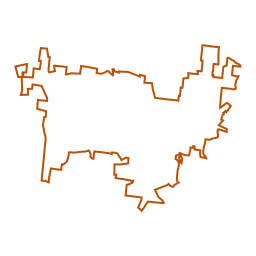 Panabá, Yucatán, Mexico
{"feature_id": "50627088B71815805148908", "entity_name": "Panabá", "entity_type": "district", "adm_level": 2, "iso_a3": "MEX", "parent_name": "Mexico", "parent_adm1": "Yucatán", "projection": "natural_earth1", "projection_center": [-88.264, 21.34], "detail": "fine", "context": "isolated", "style": "outline", "palette": "amber", "viewbox_px": 256, "rotation_deg": 0, "n_neighbors": 0, "source": "geoboundaries", "source_scale": "gbopen_adm2", "svg_char_len": 5743}
<svg xmlns="http://www.w3.org/2000/svg" viewBox="0 0 256 256"><path d="M47.0,48.6L40.8,48.1L39.4,56.8L39.2,61.0L40.7,60.8L40.7,63.8L39.6,69.3L33.7,68.3L33.0,76.2L32.9,77.4L23.3,77.0L23.3,74.6L22.9,74.7L22.7,74.9L22.5,75.0L22.3,73.7L22.3,73.4L22.8,73.3L22.9,72.3L26.2,72.5L26.8,67.2L27.1,64.0L21.2,65.2L15.4,66.5L18.2,77.0L21.7,76.9L22.0,85.8L22.1,90.3L20.9,94.9L28.0,94.7L27.8,88.9L32.2,88.8L32.5,84.5L35.8,84.9L38.3,85.3L41.7,86.0L47.2,98.5L47.0,100.9L37.9,100.0L37.6,102.6L37.2,108.9L46.1,111.2L45.7,117.1L44.2,117.0L43.4,121.9L43.2,123.7L42.9,125.3L43.3,127.0L43.8,129.5L45.2,135.9L45.6,137.6L45.7,138.3L45.1,144.5L44.3,152.0L44.2,154.3L43.7,159.0L41.6,180.7L42.4,180.8L43.6,180.8L45.5,180.9L46.1,181.1L46.9,181.6L47.6,182.0L48.6,182.4L49.3,176.7L50.9,168.4L54.4,169.0L61.1,169.9L61.3,167.9L61.9,164.3L63.5,164.5L66.2,162.1L66.5,161.7L67.0,161.3L67.1,160.7L67.6,159.4L68.6,155.3L69.0,152.3L69.3,152.3L70.4,152.4L71.9,152.3L72.5,152.4L73.1,152.7L73.4,152.7L82.9,151.6L84.4,151.7L87.3,151.0L88.9,150.5L90.6,153.8L90.4,156.4L91.2,157.7L92.1,158.5L92.7,158.7L93.4,158.8L93.7,156.0L93.8,154.7L94.0,153.7L94.4,151.4L95.9,151.6L99.8,152.0L106.0,152.8L109.1,153.2L111.8,154.1L111.9,152.5L115.1,152.7L117.6,153.6L118.1,154.6L118.7,155.5L119.5,157.0L120.0,157.1L121.5,160.1L123.9,158.7L125.7,157.6L128.4,158.0L128.2,163.4L120.8,164.4L117.1,164.4L114.5,164.3L114.3,174.7L116.3,174.6L116.3,175.1L116.2,175.9L115.8,176.6L115.5,177.9L121.2,179.0L121.7,178.9L122.6,179.0L123.6,179.1L124.7,179.5L125.2,179.5L126.9,179.8L127.4,179.8L128.0,180.0L128.6,180.1L129.4,180.1L130.0,180.3L130.6,180.7L131.2,181.0L131.5,181.1L132.0,181.1L133.1,180.7L132.9,182.0L132.6,182.3L132.4,182.7L132.0,182.9L131.1,183.3L130.6,183.6L129.3,184.3L128.0,184.6L126.7,184.7L125.6,195.5L130.7,196.1L138.0,197.0L141.6,197.4L141.4,199.3L141.1,200.8L139.6,204.2L138.1,207.6L139.7,208.8L140.2,209.4L140.5,209.4L140.8,209.6L141.7,210.8L142.0,210.4L142.0,210.2L144.1,207.5L144.8,206.1L145.7,204.7L147.7,202.1L147.9,201.6L156.6,202.5L163.6,203.1L163.8,202.7L162.3,200.4L161.0,199.3L159.7,198.1L159.0,197.6L158.2,196.7L156.0,192.0L155.5,190.9L154.9,189.9L163.8,186.4L167.6,184.9L168.5,184.0L169.7,185.2L171.0,186.3L172.9,186.9L173.1,186.9L174.4,185.0L174.8,184.7L176.8,183.6L178.1,182.6L178.5,182.5L178.0,182.1L177.2,181.0L177.0,180.3L176.8,179.2L176.9,178.0L177.1,176.5L177.3,175.7L177.1,174.9L177.5,171.6L177.8,170.0L177.9,169.0L178.0,168.6L178.3,168.3L178.4,167.6L178.5,166.7L178.7,165.8L178.9,163.1L179.4,161.9L178.5,161.5L178.4,161.7L178.0,161.5L177.5,160.3L176.5,159.5L175.9,159.2L175.5,158.9L176.0,155.6L179.4,154.5L179.5,155.3L179.7,155.7L179.8,156.5L179.2,157.7L179.1,158.7L180.5,161.8L181.5,163.1L182.0,159.8L182.1,158.8L181.4,157.4L181.5,156.6L181.3,156.4L180.8,156.2L180.8,155.9L180.8,155.5L180.7,155.3L180.6,155.0L180.2,154.6L179.7,153.6L179.6,153.1L179.9,153.1L182.6,154.3L184.1,154.7L185.9,155.2L187.4,155.4L189.1,155.3L189.3,153.8L190.0,150.9L190.3,150.0L190.5,149.2L190.5,147.4L193.0,147.8L193.2,146.8L193.3,146.0L194.0,146.2L194.6,146.5L194.5,148.4L194.8,149.5L195.1,149.6L200.4,150.3L200.3,151.1L200.0,154.2L200.3,155.2L200.4,155.9L200.6,157.2L202.8,157.4L206.2,158.3L205.8,157.2L205.4,156.5L204.3,155.3L203.5,154.3L203.4,153.9L203.2,153.3L203.1,152.3L203.6,147.9L204.9,143.3L205.4,140.4L205.5,139.4L205.9,139.6L206.1,139.7L206.6,139.6L207.2,139.4L207.6,139.4L209.4,139.8L209.9,139.8L210.4,139.5L210.9,139.2L211.7,138.8L216.7,137.7L217.4,137.4L217.7,137.1L218.0,136.5L218.0,135.8L217.9,133.7L217.5,132.4L217.6,130.4L218.2,129.3L220.7,129.9L222.2,130.2L223.1,130.8L225.1,131.3L226.7,132.0L226.7,129.0L218.8,125.3L220.7,122.9L220.9,122.5L221.4,121.8L221.9,121.6L223.0,120.5L221.3,119.5L222.4,115.1L223.9,114.0L223.2,112.9L224.3,112.2L225.4,110.9L226.4,112.2L230.8,106.0L227.8,103.4L226.8,102.9L220.1,107.8L220.4,102.6L221.4,91.4L221.9,87.8L231.3,88.9L231.7,89.1L233.3,89.3L233.9,89.3L234.2,89.3L234.5,89.1L235.5,89.0L235.6,87.9L235.6,86.7L235.3,85.0L235.2,84.3L235.5,83.5L236.0,82.4L235.9,82.0L235.9,81.8L236.1,81.3L236.2,80.5L236.3,80.3L237.2,78.7L237.7,77.8L238.1,76.4L238.3,76.1L237.9,76.1L237.5,76.3L236.1,76.3L235.4,76.2L234.5,75.9L232.0,75.0L232.9,65.8L240.3,66.7L240.5,66.1L240.6,65.8L238.6,64.1L238.0,63.7L237.8,63.7L237.3,63.7L236.2,63.0L236.0,62.8L235.8,62.8L234.9,61.9L234.6,61.7L234.1,61.3L233.9,61.0L233.6,60.7L233.3,60.5L232.9,60.3L232.0,60.1L231.5,59.6L230.8,59.1L230.4,59.0L229.9,58.7L229.5,58.2L229.2,58.1L228.9,58.0L228.6,58.0L228.4,57.9L228.2,57.9L227.9,57.8L227.4,58.0L226.7,64.4L226.6,65.6L226.2,65.8L225.5,65.9L224.8,66.1L223.4,66.8L223.2,68.3L222.9,70.9L222.2,78.0L220.6,77.8L219.6,77.7L216.8,77.3L214.3,77.1L213.1,76.8L213.3,74.8L212.3,74.8L212.6,71.6L213.0,71.0L213.7,63.9L218.3,64.5L218.4,60.4L218.5,56.4L218.3,56.4L218.9,47.0L215.8,46.9L202.5,45.2L200.9,60.4L202.6,60.6L201.5,71.4L197.5,70.9L197.8,72.7L197.9,73.2L197.7,74.2L188.2,73.2L188.3,77.8L183.4,78.5L182.5,87.8L180.7,87.6L180.0,95.9L178.9,95.8L178.2,100.7L177.7,100.5L173.5,100.0L165.4,99.2L159.4,98.4L155.0,97.8L154.7,96.3L152.6,88.4L152.4,86.3L152.1,83.6L152.1,83.2L151.0,83.1L146.2,82.9L144.4,82.7L145.0,76.1L140.0,74.8L139.9,76.5L136.8,75.4L135.5,74.8L131.8,73.4L129.9,72.6L128.0,71.9L122.3,71.7L118.9,71.4L118.8,72.6L117.2,72.2L115.1,71.6L114.2,70.2L114.0,69.4L112.6,69.2L112.7,70.4L112.6,71.0L112.7,71.3L112.9,71.5L113.0,72.1L113.0,73.9L113.1,75.0L113.0,75.3L112.2,74.8L109.4,72.4L109.2,71.8L108.0,71.1L107.3,71.1L106.8,71.3L104.6,72.6L102.2,73.5L100.7,73.7L99.4,73.6L97.5,73.2L96.6,73.0L97.1,68.8L86.8,66.8L84.9,66.6L81.1,66.0L80.1,73.7L71.1,73.3L67.8,74.2L65.9,74.4L65.8,74.0L66.7,67.1L62.5,66.5L56.0,65.9L54.6,65.5L54.1,65.7L54.9,71.1L49.2,72.4L48.7,71.5L48.5,67.5L48.9,66.6L49.0,65.2L49.4,60.5L49.8,57.2L48.3,57.0L47.0,48.6Z" fill="none" stroke="#b45309" stroke-width="2"/></svg>